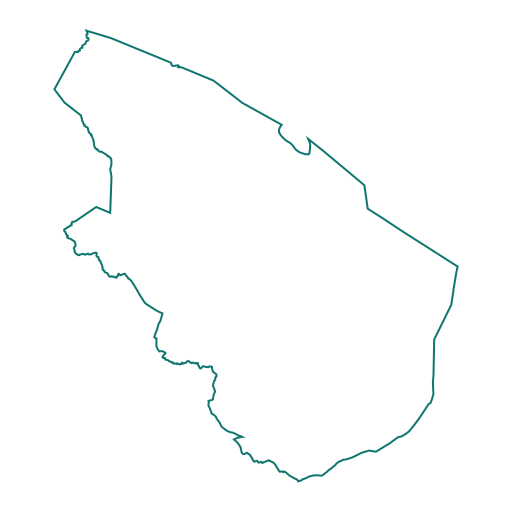 outline of "Øystre Slidre" nor, Oppland, Norway
{"feature_id": "86288312B23530540977593", "entity_name": "\"Øystre Slidre\" nor", "entity_type": "district", "adm_level": 2, "iso_a3": "NOR", "parent_name": "Norway", "parent_adm1": "Oppland", "projection": "orthographic", "projection_center": [8.948, 61.251], "detail": "fine", "context": "isolated", "style": "outline", "palette": "teal", "viewbox_px": 512, "rotation_deg": 0, "n_neighbors": 0, "source": "geoboundaries", "source_scale": "gbopen_adm2", "svg_char_len": 5906}
<svg xmlns="http://www.w3.org/2000/svg" viewBox="0 0 512 512"><path d="M367.7,208.7L364.4,185.3L322.8,150.5L308.2,138.9L309.4,141.8L310.0,143.8L310.2,145.0L310.1,148.0L309.4,153.1L309.2,153.6L308.8,154.1L308.2,154.4L305.5,154.2L301.3,153.0L299.2,152.1L295.7,149.5L292.2,144.9L290.5,143.2L286.6,140.9L283.5,138.3L281.2,135.8L280.2,134.3L279.2,132.6L278.9,131.0L279.0,130.0L279.2,129.2L279.7,127.7L281.7,124.8L242.5,103.0L213.5,80.6L181.4,67.3L179.6,67.2L179.3,66.8L178.7,66.9L178.3,67.3L178.0,67.1L178.4,66.4L178.4,65.9L178.5,65.6L177.9,65.3L175.6,65.6L174.3,66.0L172.2,65.8L171.3,64.0L171.3,63.6L171.1,63.0L170.7,62.6L110.7,38.0L86.5,30.7L87.3,32.4L87.6,33.6L87.4,34.1L86.5,34.6L86.4,35.1L86.7,36.5L86.7,37.1L86.8,37.6L87.2,37.9L88.2,38.2L88.6,38.6L88.4,39.8L88.1,40.4L86.0,41.6L85.8,42.7L85.4,43.7L84.4,44.4L83.2,45.0L82.4,45.7L82.1,46.3L82.2,46.9L82.5,47.4L82.4,47.7L81.0,48.1L80.1,48.7L79.7,49.3L80.0,50.3L79.8,50.7L78.4,51.0L78.2,51.2L78.1,51.8L77.9,52.1L75.9,51.8L74.9,51.9L54.4,89.3L64.5,102.6L81.1,115.6L81.3,117.3L81.9,118.3L82.0,119.5L81.9,119.9L82.1,120.2L82.2,120.8L83.1,122.2L83.3,123.4L84.0,124.5L84.5,124.7L84.2,125.6L84.8,125.8L85.8,126.8L87.1,127.2L88.0,128.3L87.8,129.0L88.0,129.7L88.4,130.1L88.6,131.0L88.6,131.7L88.9,132.4L89.8,133.3L90.3,133.5L90.6,133.8L90.6,134.3L91.1,134.9L91.5,135.1L91.4,135.3L91.6,135.3L93.7,141.2L94.1,145.2L95.0,147.8L96.6,149.4L97.0,149.1L98.2,150.1L98.4,150.7L99.4,151.6L101.8,151.8L102.4,152.4L104.9,153.7L105.4,154.2L105.8,154.3L107.3,155.6L107.6,156.2L108.2,156.4L108.6,156.2L109.1,156.9L110.8,158.1L110.8,159.0L111.3,159.6L111.5,164.1L110.2,169.3L111.5,176.7L110.2,212.9L96.2,207.0L75.3,221.3L72.2,222.0L71.8,222.5L71.8,223.5L71.4,224.0L71.5,224.2L71.4,224.4L71.4,224.7L71.7,225.1L71.6,225.4L70.1,225.6L68.9,226.8L66.8,227.6L66.0,228.6L64.4,229.3L64.1,230.3L64.4,231.2L64.8,231.7L65.5,232.1L65.7,233.0L66.2,233.8L66.2,234.5L67.8,235.8L67.6,236.3L67.4,236.4L67.5,236.6L67.0,237.1L67.1,237.3L67.3,237.4L68.0,238.1L70.9,239.0L72.7,240.4L73.1,240.5L73.9,241.1L74.4,241.2L75.0,242.3L75.1,242.7L75.1,243.7L75.5,244.4L75.6,245.3L75.3,246.4L74.4,247.1L73.9,247.7L73.8,248.1L73.9,248.6L74.6,250.3L74.6,251.3L74.8,251.5L75.1,252.7L75.8,253.5L76.7,254.0L77.8,254.9L78.9,255.2L79.3,255.1L79.8,254.6L82.6,254.0L84.0,254.1L84.9,254.6L85.7,254.6L86.5,254.1L88.0,253.6L88.8,254.3L90.3,254.6L92.8,253.4L95.4,252.7L95.7,252.7L96.5,253.0L96.7,253.3L96.4,255.1L96.6,256.1L97.2,256.8L98.5,257.2L98.6,257.4L98.6,258.0L98.5,258.8L99.2,259.7L99.1,260.0L99.1,260.3L100.0,260.7L100.5,261.3L100.7,262.4L101.8,264.5L101.8,265.1L102.6,267.2L102.7,267.8L102.5,268.2L102.4,268.5L102.9,269.9L104.2,270.5L104.3,270.9L104.3,271.6L104.5,271.8L105.9,272.7L106.4,272.7L107.1,273.0L108.2,274.4L108.3,275.2L109.6,276.6L110.4,276.7L111.5,276.3L113.0,276.8L113.9,276.5L115.3,277.5L116.7,277.5L116.8,276.6L116.9,276.4L118.2,275.6L118.2,274.8L118.4,274.0L118.5,273.8L118.9,273.9L119.8,274.8L120.7,275.2L123.9,273.8L124.9,273.8L125.4,274.8L127.4,276.9L128.1,277.9L128.2,278.4L129.7,279.3L131.6,281.3L135.7,287.8L140.3,295.8L144.7,302.6L146.1,303.9L155.7,310.1L158.3,311.5L162.5,313.4L160.3,321.1L159.8,322.0L158.7,323.4L157.9,326.6L156.8,330.2L155.8,332.4L154.3,337.1L155.8,338.4L156.5,338.5L156.4,342.3L156.4,346.4L157.9,349.4L159.3,351.4L162.3,351.1L164.9,352.5L165.5,353.1L162.7,356.3L162.5,357.1L163.0,357.8L163.9,357.8L164.9,358.0L165.1,358.5L164.8,358.7L165.3,359.4L165.5,359.2L166.4,359.8L167.9,360.1L168.8,360.8L169.0,361.3L170.5,361.5L170.8,361.9L171.6,362.2L172.6,362.3L172.6,362.5L172.4,362.9L172.6,363.2L173.9,363.3L174.8,363.7L175.9,363.4L176.7,364.0L177.1,363.5L178.1,363.6L178.9,364.3L179.8,364.0L180.5,364.3L181.3,364.1L181.5,364.0L181.8,362.9L182.0,362.6L182.3,362.7L182.5,363.2L182.8,363.5L183.5,363.5L184.0,363.1L184.9,363.1L185.8,362.8L187.0,361.4L188.3,361.0L189.2,361.5L189.4,362.0L190.2,362.5L191.3,362.7L191.8,363.2L192.5,362.7L193.5,362.7L194.4,363.4L196.0,362.9L196.6,363.5L197.8,363.1L198.0,363.2L197.8,364.4L197.9,364.8L198.3,365.1L198.9,366.1L199.2,367.2L200.0,368.3L200.3,368.5L201.0,368.3L201.4,368.0L201.8,367.2L203.0,366.3L204.2,366.4L205.9,367.1L207.3,366.9L208.0,367.2L208.8,367.0L209.3,366.4L210.9,366.5L211.7,366.7L212.0,367.1L212.0,368.3L213.0,371.8L216.3,374.3L216.5,374.8L216.5,375.8L216.4,376.0L216.5,376.2L215.8,376.9L215.6,377.5L215.4,377.6L215.2,379.9L214.4,380.6L213.8,381.7L213.7,382.9L213.3,383.7L213.2,384.7L213.0,385.2L213.0,385.6L213.1,386.1L214.2,388.5L214.3,389.7L214.9,390.6L215.0,391.0L214.8,392.2L213.8,394.6L213.3,396.7L212.9,399.5L211.8,400.0L208.5,400.9L208.7,402.4L208.6,404.4L208.4,405.6L209.6,407.8L211.1,411.7L211.5,413.4L213.7,414.8L215.7,416.4L216.6,418.6L219.6,422.6L221.5,426.5L223.7,428.4L227.4,431.1L231.0,432.4L232.9,432.6L237.1,434.7L237.8,435.3L240.9,436.3L242.1,436.9L241.0,437.0L236.9,438.0L234.0,439.4L238.0,443.2L238.5,444.1L240.5,447.0L241.6,452.3L242.6,453.7L244.0,454.2L247.1,452.8L249.6,454.7L250.2,454.9L250.3,455.6L252.0,458.0L252.1,458.7L252.5,459.1L253.4,460.6L254.2,461.7L257.1,460.8L258.5,462.6L261.4,461.9L262.3,463.0L264.1,462.1L268.7,460.3L273.2,462.5L275.5,464.9L276.9,467.5L278.2,469.4L278.8,470.7L279.7,471.7L282.2,471.4L283.2,472.2L284.0,471.5L284.9,471.8L285.9,472.4L289.1,475.3L292.5,477.4L293.7,477.7L294.2,478.3L297.1,479.6L297.8,480.6L298.0,481.3L300.3,480.7L301.7,480.2L302.8,479.1L303.5,479.1L305.1,478.5L309.0,476.6L311.8,475.8L314.7,475.3L318.0,475.3L320.9,475.7L322.4,475.4L327.2,471.6L328.8,470.0L330.3,469.1L334.9,465.4L336.8,463.2L339.3,461.4L339.9,461.5L342.2,460.2L343.7,459.6L344.9,459.6L347.2,459.1L352.8,457.2L361.6,452.8L365.5,451.6L369.1,450.6L375.9,451.7L389.6,443.4L398.0,437.2L401.3,436.5L405.5,434.1L408.9,431.5L414.1,425.2L418.8,418.9L428.6,404.2L430.6,402.8L432.4,398.0L432.6,396.4L433.4,394.5L432.9,382.0L433.5,374.9L434.2,339.5L451.2,305.0L453.4,291.2L453.5,289.5L456.5,271.6L457.6,266.5L403.0,231.7L383.5,218.8L367.7,208.7Z" fill="none" stroke="#0f766e" stroke-width="2"/></svg>